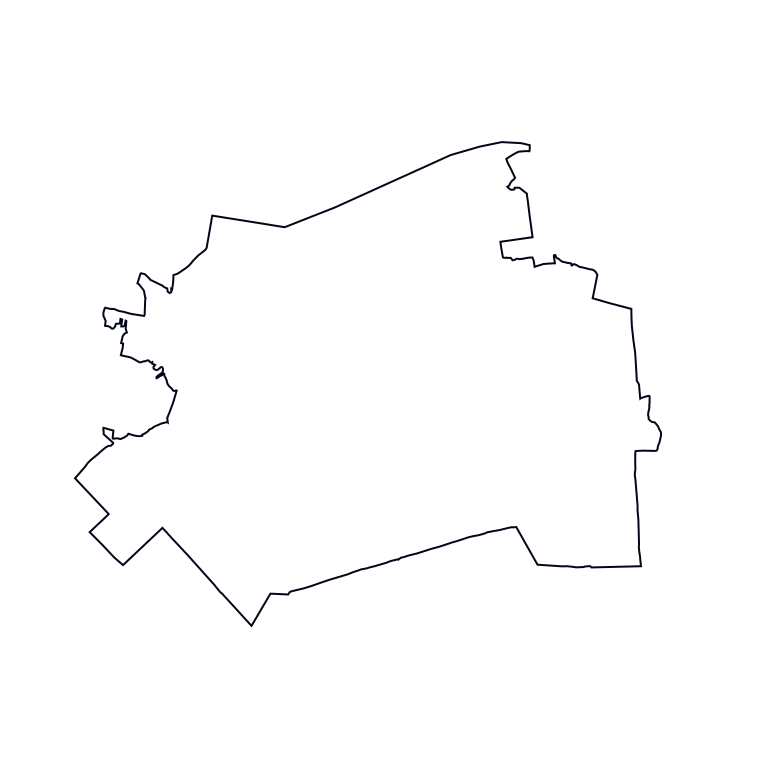 the district of Slatina, Olt, Romania, rotated 102°
{"feature_id": "2599482B52224640698115", "entity_name": "Slatina", "entity_type": "district", "adm_level": 2, "iso_a3": "ROU", "parent_name": "Romania", "parent_adm1": "Olt", "projection": "orthographic", "projection_center": [24.391, 44.434], "detail": "fine", "context": "isolated", "style": "outline", "palette": "ink", "viewbox_px": 768, "rotation_deg": 102, "n_neighbors": 0, "source": "geoboundaries", "source_scale": "gbopen_adm2", "svg_char_len": 6162}
<svg xmlns="http://www.w3.org/2000/svg" viewBox="0 0 768 768"><g transform="rotate(102 384 384)"><path d="M540.5,666.6L568.4,626.3L570.3,627.4L590.1,641.1L600.0,625.9L609.9,611.6L615.4,601.6L570.8,570.8L571.7,569.6L573.5,566.9L577.1,562.0L579.5,558.7L581.8,555.3L589.7,544.0L591.7,541.1L616.1,507.7L617.6,506.0L619.1,504.0L620.6,502.3L621.6,500.9L622.1,500.1L622.7,498.6L624.2,496.7L647.7,463.9L648.1,463.3L612.7,451.5L609.8,434.0L607.1,432.9L605.8,431.0L600.6,420.0L597.2,413.9L593.4,407.6L592.2,405.7L586.7,396.4L583.1,389.8L577.6,379.7L576.1,377.5L574.7,375.5L572.3,371.3L570.3,368.2L567.7,362.1L566.9,360.9L563.8,354.6L558.4,344.6L556.3,341.5L555.6,340.2L552.4,333.6L552.7,333.3L550.5,331.5L548.8,327.9L546.8,324.6L542.9,316.5L535.8,304.1L530.9,294.7L524.8,284.4L522.0,279.1L516.3,269.4L514.2,264.9L512.1,259.7L508.9,253.8L507.5,252.1L506.4,249.2L505.6,247.5L502.9,240.7L498.9,232.5L497.5,229.2L497.3,227.5L496.4,224.9L528.8,196.3L528.8,196.0L525.4,172.4L524.9,169.8L524.2,167.4L523.6,161.7L523.4,158.0L521.6,150.9L520.8,149.5L519.6,145.9L519.4,145.0L519.5,144.2L519.7,143.7L520.3,143.0L508.8,94.7L502.9,96.7L499.8,97.6L494.8,99.5L490.9,100.7L488.9,101.1L487.8,101.2L463.7,107.0L454.3,109.9L452.8,110.1L448.5,111.2L424.3,118.5L421.4,119.6L419.5,120.0L414.5,120.5L413.4,120.8L406.6,122.4L399.0,123.9L397.3,124.0L397.1,123.4L395.2,116.2L393.6,107.5L392.9,104.3L392.7,103.9L392.4,103.5L391.5,103.1L390.3,102.9L388.9,103.1L387.9,103.1L383.4,102.4L382.2,102.4L376.8,102.3L374.0,102.9L373.2,103.4L370.9,105.5L369.1,106.7L368.0,107.5L367.3,108.6L366.5,109.5L365.4,111.0L365.3,111.8L365.3,113.2L365.4,114.0L365.1,115.0L363.9,116.9L363.2,117.8L362.3,118.2L361.4,118.2L360.8,118.5L360.2,118.9L359.3,119.3L358.7,119.3L356.8,119.6L353.9,119.4L350.8,119.7L349.9,120.1L347.4,120.3L340.8,121.6L340.6,121.8L340.5,122.3L341.3,124.3L344.3,129.6L344.6,130.0L345.0,130.3L343.9,130.7L331.7,134.4L329.8,135.8L328.5,137.3L312.0,141.8L300.7,145.0L289.5,149.1L275.5,153.7L268.9,155.4L259.1,157.7L258.1,179.2L256.8,197.7L232.7,198.0L230.6,200.1L229.9,201.0L229.6,201.4L228.8,203.8L229.0,207.1L228.7,213.3L228.7,216.4L228.8,217.1L228.3,218.6L227.6,220.4L227.4,222.2L227.2,222.6L227.2,222.9L227.6,223.5L228.0,224.0L228.6,224.4L229.1,224.9L229.0,225.2L228.7,225.4L228.1,225.3L227.4,225.5L227.2,225.9L227.2,227.5L227.3,229.1L227.5,229.4L227.3,230.7L227.3,234.9L226.6,236.9L225.6,238.5L225.0,240.1L225.0,241.0L223.9,242.3L222.6,242.9L222.3,243.2L222.3,243.5L222.4,244.1L222.6,244.4L223.3,244.5L225.0,244.0L227.6,242.9L230.4,241.9L230.9,244.0L231.3,245.2L231.8,247.4L233.5,253.0L235.2,255.9L236.3,258.1L238.1,261.0L232.4,263.2L231.6,263.6L229.4,265.1L229.5,265.7L230.4,268.9L231.7,272.2L232.4,273.3L233.0,275.5L233.7,277.5L233.7,279.2L233.9,280.2L234.4,280.9L235.1,281.6L235.5,282.2L235.9,282.9L236.2,283.7L236.2,283.9L236.1,284.2L234.3,286.1L234.5,287.0L234.6,288.2L235.1,289.5L234.9,290.5L235.3,291.3L235.5,292.1L235.6,293.6L235.2,294.1L226.8,297.5L220.7,299.7L209.5,269.2L192.0,275.5L191.3,275.8L175.0,281.4L168.9,283.7L168.2,283.7L163.9,292.3L164.8,296.9L166.6,297.0L167.5,299.4L167.6,300.6L166.5,302.8L165.4,304.4L164.6,303.4L163.5,302.7L162.0,302.4L160.1,301.8L158.2,300.7L156.9,299.5L155.0,298.7L149.0,303.3L147.9,304.1L141.4,309.4L138.4,311.2L135.0,307.8L131.7,304.3L129.5,301.6L128.6,300.1L126.6,293.3L126.1,290.2L124.9,290.2L123.4,290.4L120.1,291.1L119.9,299.8L122.9,319.1L131.8,339.5L146.2,366.4L221.5,468.7L251.3,513.8L255.0,587.0L287.8,585.8L289.9,586.6L296.6,592.2L302.5,596.0L306.9,598.3L309.1,599.7L312.1,602.1L314.5,604.5L316.9,606.7L319.1,609.0L320.5,611.2L321.2,612.6L326.1,611.7L330.9,611.2L335.5,610.9L335.1,611.9L338.4,611.2L339.6,612.6L338.5,614.9L335.6,615.9L335.0,619.1L333.9,621.1L330.7,634.1L329.4,635.8L327.8,638.3L326.3,640.8L326.2,644.7L326.6,645.1L336.8,646.1L337.4,644.4L340.8,640.3L342.4,638.5L343.3,637.9L349.1,635.6L349.2,635.2L352.4,634.9L366.2,632.5L366.7,632.7L367.3,632.8L368.0,646.2L367.5,654.1L367.7,658.1L367.3,660.7L367.0,662.0L366.8,663.8L367.5,668.0L367.3,672.5L369.3,673.1L372.2,673.3L375.0,672.8L376.3,672.3L377.7,671.1L378.6,670.5L380.0,669.4L384.7,669.0L385.2,668.8L384.8,665.7L385.3,663.5L386.3,662.1L386.4,661.4L386.1,660.4L385.1,659.7L383.5,658.9L380.9,658.8L379.8,654.9L375.1,655.3L375.1,654.8L375.4,653.5L382.3,653.0L382.1,651.4L381.1,649.9L375.8,649.9L376.0,649.1L383.9,648.1L387.1,646.2L388.8,648.4L392.0,649.6L398.7,649.6L398.7,647.6L402.9,647.1L410.5,647.4L410.6,645.8L410.7,642.1L410.6,640.1L410.7,637.4L411.1,635.8L411.7,633.9L412.1,632.4L412.7,630.5L413.5,628.3L413.6,627.8L413.5,627.0L412.9,625.5L412.0,624.2L411.3,622.2L410.9,621.5L410.4,620.9L410.0,620.0L409.9,619.3L410.0,618.9L410.7,618.0L411.4,616.9L411.4,616.3L411.2,615.7L410.8,615.2L412.4,614.9L412.9,611.9L413.9,612.3L415.0,613.0L415.4,613.0L416.4,612.8L416.8,612.4L417.2,611.9L417.4,611.3L417.8,609.5L416.9,608.1L415.7,607.1L414.2,606.0L413.8,605.6L413.7,605.0L413.7,604.6L414.0,604.1L414.6,603.6L415.3,603.3L418.0,602.9L419.4,603.7L422.0,606.1L423.0,606.8L423.8,607.6L424.3,607.9L424.8,607.9L425.3,607.9L425.6,607.7L425.4,607.3L424.5,606.2L423.9,605.7L422.8,605.2L422.7,604.6L422.3,603.9L421.2,602.7L420.5,602.3L419.9,602.0L419.6,601.7L419.6,601.3L419.9,600.9L421.5,600.5L422.2,600.1L422.9,599.3L425.1,597.7L427.0,596.6L427.6,596.5L428.3,596.1L429.1,595.6L429.7,595.0L431.2,593.2L432.3,591.2L432.8,590.4L433.9,589.4L434.3,588.8L434.5,588.2L434.4,587.9L434.3,587.5L433.7,586.4L433.5,585.9L433.6,585.4L446.2,586.4L456.9,588.0L457.2,588.1L462.7,589.0L463.1,588.7L466.6,587.5L466.4,588.0L466.5,588.3L467.0,589.6L468.5,592.6L469.3,594.0L473.8,600.3L474.0,600.5L475.2,601.2L477.2,603.9L477.6,604.2L478.0,604.3L478.4,604.6L479.3,605.0L481.4,606.9L482.5,608.1L483.9,610.0L484.9,609.7L485.7,611.7L485.9,612.6L486.3,615.2L486.3,618.1L485.8,623.7L487.4,624.3L488.2,624.9L490.4,627.1L492.1,629.5L492.6,630.4L492.7,630.8L492.5,632.9L492.6,633.5L492.8,634.3L493.8,637.6L493.2,638.2L485.8,639.0L485.2,649.3L486.5,649.3L488.8,648.3L491.4,647.8L495.7,640.3L498.0,636.6L499.2,636.8L499.4,637.1L501.0,638.2L501.4,639.0L501.8,640.4L502.6,641.6L504.1,643.2L509.3,647.3L511.9,649.1L519.3,655.0L522.8,657.3L527.3,659.3L540.5,666.6Z" fill="none" stroke="#020617" stroke-width="2"/></g></svg>